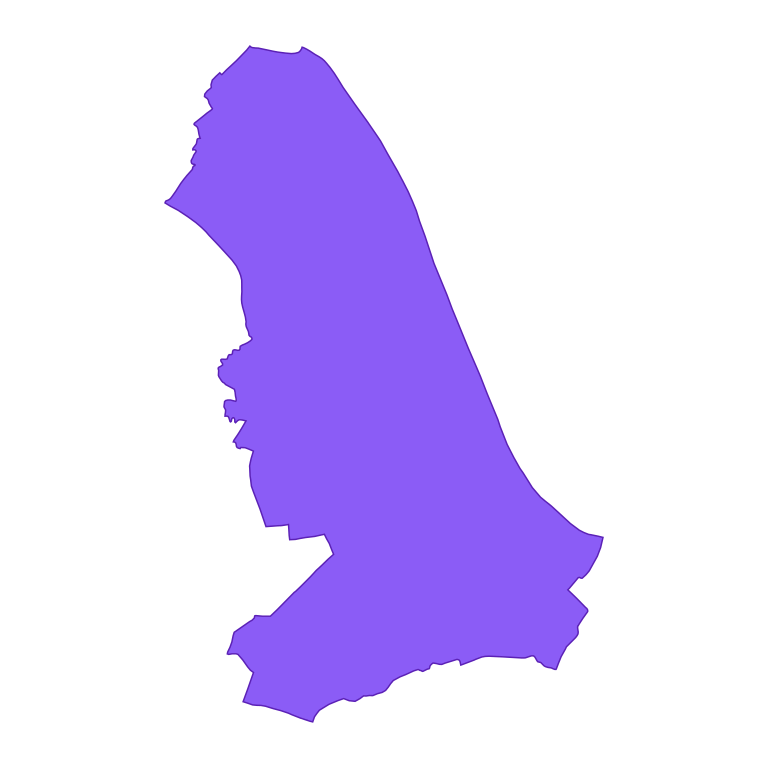 Sa Dec, Can Tho, Vietnam (Albers equal-area conic projection)
{"feature_id": "81297802B46621499872955", "entity_name": "Sa Dec", "entity_type": "district", "adm_level": 2, "iso_a3": "VNM", "parent_name": "Vietnam", "parent_adm1": "Can Tho", "projection": "albers", "projection_center": [105.732, 10.322], "detail": "fine", "context": "isolated", "style": "filled", "palette": "violet", "viewbox_px": 768, "rotation_deg": 0, "n_neighbors": 0, "source": "geoboundaries", "source_scale": "gbopen_adm2", "svg_char_len": 6062}
<svg xmlns="http://www.w3.org/2000/svg" viewBox="0 0 768 768"><path d="M603.0,537.4L598.1,536.2L590.7,534.7L588.6,534.4L583.8,532.5L579.3,530.2L570.2,523.4L563.3,517.0L551.3,506.0L545.3,501.2L540.5,497.2L532.3,487.6L523.3,473.2L522.9,472.6L520.0,468.5L513.8,457.5L507.1,444.4L499.9,426.0L499.9,425.8L497.8,419.4L487.2,393.8L480.8,377.4L480.5,376.6L476.7,367.7L468.4,348.5L457.2,321.1L452.2,309.0L447.0,295.0L433.9,263.2L431.7,256.4L425.1,236.4L419.5,221.1L416.3,210.7L412.4,201.2L408.1,191.5L402.6,180.7L401.6,178.9L397.8,171.6L387.7,154.0L380.6,141.1L377.4,136.3L368.5,123.3L368.2,122.8L355.0,104.5L343.0,87.3L338.3,79.6L334.2,73.2L330.2,67.7L326.7,63.4L324.4,60.8L321.9,58.6L319.0,56.7L315.1,54.5L309.8,51.0L306.7,49.2L303.5,47.6L302.1,47.2L301.5,49.0L300.3,50.8L298.6,52.4L295.1,53.3L291.4,53.6L285.6,53.1L277.8,52.1L272.9,51.2L267.8,50.1L260.6,48.6L258.2,48.1L255.6,48.0L252.3,47.6L251.2,47.2L249.9,46.1L246.7,50.1L236.3,60.8L226.5,69.9L222.2,74.3L221.8,74.6L220.7,73.8L219.8,72.8L216.0,76.3L212.3,80.1L211.4,83.3L211.0,84.8L211.3,87.4L210.7,88.2L207.3,90.9L204.9,93.9L204.7,94.6L204.5,96.6L207.3,98.6L208.3,100.1L209.1,103.2L211.2,106.9L212.4,108.5L212.0,109.4L206.7,113.3L202.2,117.0L195.5,122.3L194.5,123.1L194.0,124.1L194.1,124.5L195.1,125.4L196.0,125.9L196.6,126.5L197.2,127.0L197.7,128.0L198.2,129.7L198.5,131.4L198.9,133.9L199.2,135.1L199.6,136.6L199.9,137.6L200.2,138.3L198.5,138.5L197.6,138.9L197.2,139.4L196.7,142.1L196.5,143.2L196.2,144.1L195.3,145.3L193.7,147.4L193.0,148.4L192.8,149.0L192.8,149.9L193.9,149.8L194.7,149.8L195.2,150.0L195.8,150.4L196.1,151.0L196.0,151.8L194.8,153.5L193.7,155.2L192.9,157.3L192.0,159.0L191.2,160.5L191.2,161.4L191.3,162.3L191.9,163.6L192.8,164.1L193.8,164.3L194.5,164.4L195.0,164.8L195.0,165.2L194.7,165.7L193.7,166.0L193.3,166.4L192.9,167.1L192.5,168.3L192.5,169.0L192.0,169.8L190.4,171.6L187.0,175.4L184.0,179.1L180.7,183.5L175.8,191.2L172.2,196.3L170.8,198.1L169.9,199.0L168.9,199.7L167.5,200.4L166.2,200.8L165.7,201.2L165.3,202.0L165.1,202.7L165.0,202.9L166.8,204.0L170.6,206.3L177.8,210.1L187.8,216.7L195.9,222.6L201.7,227.6L205.9,231.7L209.0,235.3L218.3,245.1L227.6,255.2L232.2,260.3L236.4,266.0L239.2,271.6L240.7,275.6L241.7,280.0L241.8,283.5L241.8,287.8L241.9,291.8L241.6,296.1L241.5,299.6L241.8,303.1L242.7,307.2L244.2,312.5L245.4,317.1L246.1,321.9L245.9,323.2L245.9,324.8L246.3,326.8L247.2,328.8L248.4,331.5L248.8,333.6L249.0,335.2L250.0,336.4L251.3,337.1L251.9,338.2L251.9,339.4L250.3,340.9L247.6,342.7L244.5,344.2L242.4,345.0L240.2,346.3L240.0,347.8L240.0,349.2L239.2,350.2L237.6,350.3L235.8,349.9L234.3,349.8L233.2,350.2L232.7,351.1L232.5,352.3L232.4,353.6L231.6,354.5L230.1,354.7L229.1,354.7L228.3,355.7L227.6,357.6L227.3,358.8L225.9,359.3L224.7,359.3L222.8,359.2L221.6,359.2L220.9,359.7L220.8,360.9L221.5,362.1L222.5,363.5L222.6,365.0L221.6,365.7L220.4,366.5L219.0,367.1L218.2,368.0L218.2,368.9L218.6,370.2L218.6,371.3L218.4,375.3L218.9,376.7L220.1,378.6L221.5,380.8L222.9,382.3L224.5,383.2L225.5,384.5L231.3,387.6L234.4,389.3L235.1,392.2L235.5,396.0L236.1,398.6L236.2,400.1L236.1,400.7L235.7,401.3L233.5,400.8L230.4,400.0L227.9,400.0L225.7,400.5L224.6,401.5L224.4,403.2L224.1,405.3L224.0,406.9L224.7,408.2L225.6,409.9L225.5,412.1L225.1,414.4L225.0,416.2L226.6,416.1L228.0,416.4L228.8,417.6L229.5,419.8L230.0,421.5L230.6,421.9L231.3,421.3L231.8,418.8L232.5,418.0L233.5,417.7L234.2,418.2L234.7,419.4L234.8,420.7L234.8,422.0L235.6,422.7L236.6,421.6L238.0,420.4L239.2,419.8L240.6,419.8L242.2,420.0L245.2,420.7L246.0,420.9L241.4,428.8L237.7,434.7L235.5,437.9L233.9,440.3L233.3,441.9L234.7,442.1L235.7,442.9L236.2,444.5L236.4,446.2L237.1,447.5L238.3,448.1L240.1,448.6L240.9,447.5L245.1,447.7L248.3,448.9L250.2,449.7L253.4,451.1L251.2,458.4L250.4,461.9L249.6,466.0L249.8,468.9L250.1,476.0L250.7,479.9L251.4,486.1L253.5,492.0L256.7,500.4L260.0,509.0L263.0,517.8L266.0,526.6L278.4,525.7L281.4,525.6L286.8,524.8L288.5,524.5L288.9,530.3L289.2,535.6L289.7,539.7L295.4,539.4L300.3,538.4L305.6,537.5L314.8,536.4L321.5,534.9L324.4,534.3L326.6,538.8L329.3,543.5L331.8,550.0L333.6,554.3L328.1,559.2L321.5,565.6L316.3,570.4L310.5,576.7L300.2,587.0L295.6,591.4L294.2,592.4L283.8,603.0L277.0,609.9L270.4,616.2L262.4,616.2L255.7,615.6L254.7,615.9L254.3,618.0L252.1,620.2L249.6,621.6L239.4,628.7L234.2,632.3L233.1,635.9L231.9,641.9L230.0,647.2L227.7,652.0L227.3,653.9L228.7,654.4L232.1,653.8L236.1,653.8L238.0,654.4L242.8,660.0L247.6,666.8L250.4,670.2L253.5,672.5L248.0,688.3L243.1,701.7L247.5,703.1L252.6,704.9L256.9,705.3L260.9,705.4L265.5,706.2L272.9,708.5L280.8,710.6L288.5,713.2L291.8,714.7L300.5,718.1L309.9,721.2L312.7,721.9L314.5,716.8L316.8,713.5L319.4,710.2L329.0,704.3L338.2,700.5L343.7,698.6L349.2,700.7L355.1,701.3L359.8,698.7L363.6,695.9L366.1,696.0L369.3,695.5L372.8,695.6L377.4,693.7L382.2,692.4L385.6,690.4L388.2,687.2L390.6,683.7L393.3,680.5L399.9,676.9L406.3,674.3L413.7,670.9L417.7,669.6L418.6,669.6L419.7,670.3L421.4,670.7L422.0,671.2L422.2,671.3L422.8,671.3L423.2,671.2L423.4,671.1L426.6,669.5L427.3,669.2L427.8,669.0L428.6,668.9L428.9,668.8L429.2,668.7L429.5,668.1L429.8,666.9L430.0,666.0L430.8,664.9L432.2,663.6L432.9,663.1L433.7,663.1L436.6,663.6L439.4,664.3L441.8,664.4L445.1,663.1L455.1,660.0L456.6,659.5L457.6,659.5L458.3,659.7L458.9,659.9L459.6,660.7L460.0,661.5L460.6,664.2L460.8,665.1L474.3,660.0L475.5,659.4L481.8,657.0L485.1,656.4L489.0,656.2L502.4,656.8L521.2,657.9L524.3,657.9L525.5,657.8L531.2,655.9L532.7,655.8L533.6,655.9L535.0,657.2L536.9,660.6L537.7,661.7L539.4,662.2L540.2,662.3L541.0,662.7L543.9,665.7L545.0,666.4L545.7,666.7L547.9,667.4L551.3,667.9L553.2,668.8L554.9,669.4L555.6,669.4L556.0,669.4L556.4,668.7L558.4,663.4L561.1,656.7L565.4,649.0L566.4,646.8L567.6,645.6L575.7,637.5L577.1,635.6L578.0,633.9L578.2,632.0L577.6,627.8L577.7,626.3L577.8,626.3L579.3,623.8L582.8,618.4L587.1,612.4L587.7,611.5L587.7,610.4L587.4,609.4L586.7,608.4L585.6,607.5L576.4,598.1L567.8,589.8L569.4,588.2L578.2,577.7L579.3,577.4L580.0,577.6L581.1,578.2L582.2,578.2L583.4,577.1L585.9,574.8L589.2,570.9L597.3,556.3L600.6,547.6L603.0,537.4Z" fill="#8b5cf6" stroke="#5b21b6" stroke-width="1.5"/></svg>